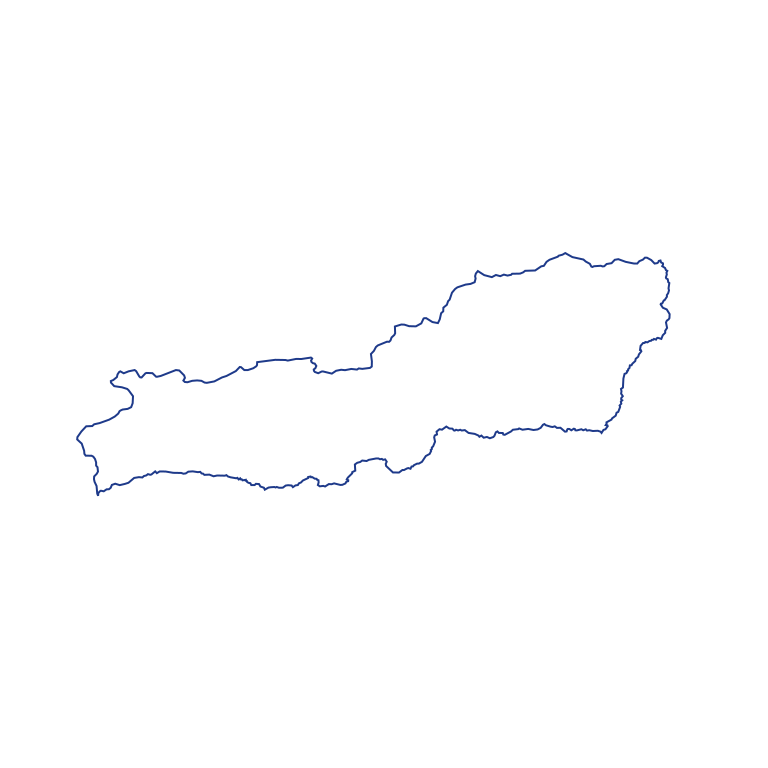 Colombia, Huila, Colombia, rotated 232°
{"feature_id": "7082276B78082705771395", "entity_name": "Colombia", "entity_type": "district", "adm_level": 2, "iso_a3": "COL", "parent_name": "Colombia", "parent_adm1": "Huila", "projection": "robinson", "projection_center": [-74.711, 3.47], "detail": "fine", "context": "isolated", "style": "outline", "palette": "blue", "viewbox_px": 768, "rotation_deg": 232, "n_neighbors": 0, "source": "geoboundaries", "source_scale": "gbopen_adm2", "svg_char_len": 6156}
<svg xmlns="http://www.w3.org/2000/svg" viewBox="0 0 768 768"><g transform="rotate(232 384 384)"><path d="M311.1,677.9L311.8,676.3L311.0,675.0L311.1,673.6L312.3,671.4L317.1,670.9L321.6,669.0L322.9,667.4L322.6,664.6L323.6,660.8L323.0,657.7L325.2,655.0L331.4,649.7L338.1,645.5L339.8,642.3L339.1,637.7L341.5,633.3L341.2,630.1L342.0,628.7L343.7,627.6L347.5,622.0L347.9,620.3L348.9,619.7L352.0,620.2L356.2,618.4L359.3,617.8L368.0,610.6L375.6,607.4L376.0,604.3L377.6,600.5L377.3,599.4L380.0,590.9L380.2,587.3L378.7,582.7L379.9,580.4L380.4,573.0L386.3,564.9L386.3,562.4L387.2,559.2L392.0,552.8L391.8,551.4L393.4,548.1L396.4,545.8L397.4,542.0L401.0,539.3L401.8,534.8L408.1,530.0L415.2,527.5L414.5,524.4L412.9,522.2L410.7,521.1L408.4,518.1L409.6,513.8L412.1,509.5L415.0,501.3L415.1,498.5L414.1,493.8L410.1,487.7L409.8,485.5L407.7,482.3L407.6,477.8L404.8,475.4L404.6,472.6L400.6,467.7L398.8,464.0L403.0,460.3L409.9,457.8L411.1,456.2L411.2,455.4L408.8,450.7L409.8,444.6L414.1,439.4L418.2,436.6L420.2,434.3L422.6,428.0L417.1,424.0L416.3,422.3L416.0,418.6L414.3,415.9L414.1,414.0L415.5,412.4L418.2,402.9L418.1,400.4L416.3,396.4L415.7,392.2L409.3,388.4L405.3,385.1L405.3,382.9L409.3,376.2L411.8,373.7L412.0,371.6L416.0,367.5L418.9,361.8L421.6,359.0L423.9,354.4L424.3,349.3L431.4,343.7L432.2,342.6L433.0,338.8L436.1,336.9L437.5,336.9L438.7,337.6L438.7,339.6L439.9,341.8L442.7,342.0L444.2,340.8L446.0,340.4L447.3,340.9L448.3,343.1L449.8,342.7L454.5,334.4L457.9,330.1L461.7,322.6L463.6,321.1L470.0,313.2L479.3,297.5L477.1,295.6L476.6,294.3L476.9,290.7L478.8,285.3L481.0,282.5L485.3,281.7L486.2,280.8L485.4,275.2L487.3,264.8L488.9,260.4L490.5,251.9L494.0,245.1L495.6,243.5L498.9,242.1L501.9,238.9L504.6,234.8L506.4,230.2L508.2,228.3L510.2,228.0L511.4,230.9L513.8,231.8L520.7,231.0L523.1,228.6L527.8,213.0L529.5,209.5L530.1,208.9L535.1,208.2L538.9,203.7L539.3,202.6L538.4,197.0L539.3,196.0L540.6,195.8L546.7,196.6L548.5,196.1L551.2,190.6L552.7,185.5L556.3,184.0L556.5,182.6L555.6,179.9L553.9,177.8L553.8,173.1L554.5,170.6L553.2,169.7L548.4,170.1L542.7,175.5L538.2,178.6L536.3,178.9L528.9,178.7L523.6,174.1L521.4,170.5L522.2,166.7L524.8,162.3L525.3,160.2L525.4,158.9L524.3,156.4L524.1,151.8L525.1,145.5L528.3,135.8L530.7,130.8L530.5,128.2L534.0,123.3L532.9,116.3L530.9,109.7L529.2,108.1L523.1,109.1L516.0,106.6L513.4,104.9L511.2,104.8L507.5,109.4L505.7,110.2L502.8,110.1L499.5,108.9L496.9,106.9L494.8,107.0L491.1,104.7L490.1,102.4L489.6,98.7L487.6,96.9L485.1,95.7L480.6,94.7L474.1,90.5L471.9,89.9L473.9,91.7L474.4,94.0L474.2,95.2L472.0,97.1L471.8,100.5L470.4,102.5L470.5,104.8L472.0,107.4L470.9,110.8L467.0,113.5L464.8,118.3L463.5,121.8L463.8,129.3L461.5,133.5L459.1,136.1L459.3,138.1L458.3,140.4L458.3,142.5L456.4,143.9L455.9,145.0L456.0,149.9L453.6,150.1L453.2,153.4L449.5,158.0L443.8,163.2L438.7,169.5L436.8,170.7L435.6,172.7L435.4,175.8L432.9,179.5L429.1,183.1L427.9,185.1L425.8,185.2L424.8,186.2L423.0,186.5L420.1,190.6L416.2,192.9L414.6,196.2L409.7,202.2L409.2,203.7L407.2,204.1L405.0,205.6L400.7,209.5L400.3,210.7L398.3,210.7L398.2,212.5L397.2,212.2L396.6,213.2L395.2,213.2L393.6,216.1L392.9,215.5L392.1,216.2L391.4,215.8L389.7,216.3L388.1,217.6L386.1,217.2L384.0,219.8L384.2,221.6L382.1,223.9L379.3,223.5L376.2,225.5L374.1,225.0L373.5,229.2L372.3,231.3L370.3,234.2L369.2,234.9L368.9,236.1L367.0,237.3L364.6,240.4L364.5,244.0L363.3,246.1L360.9,248.7L358.8,248.7L358.6,251.8L357.4,253.9L358.1,255.8L357.5,258.0L357.9,260.6L356.6,266.4L357.4,267.0L356.3,269.2L355.4,269.1L354.7,270.2L352.1,271.1L350.8,272.5L349.8,272.3L348.5,273.1L346.6,271.8L345.1,269.7L342.9,270.4L341.1,273.4L339.5,274.5L339.1,278.9L337.3,281.0L336.4,283.5L331.3,287.5L330.2,289.1L329.4,292.4L330.2,294.2L329.5,295.9L330.2,296.6L331.8,296.0L332.5,297.9L333.2,303.9L334.1,304.7L333.4,308.0L338.5,311.5L338.4,314.4L337.2,317.2L337.1,319.7L334.0,322.9L333.6,325.3L330.2,331.9L328.7,333.8L327.2,334.5L326.3,336.2L324.8,336.6L323.9,338.5L321.1,338.3L320.0,336.2L318.1,335.2L308.8,336.6L305.0,341.3L304.9,345.6L303.9,346.7L303.3,350.1L302.8,351.4L300.9,352.7L302.0,354.9L301.2,356.2L301.6,357.5L300.9,361.0L299.8,362.5L299.3,366.0L301.5,372.6L300.8,376.9L302.2,379.9L303.2,380.2L303.3,381.7L304.5,382.6L304.6,384.3L307.1,388.7L311.1,390.7L312.2,392.3L311.6,394.7L314.1,396.1L314.2,399.9L312.3,401.6L312.1,406.9L308.7,408.1L306.7,410.4L304.4,410.5L303.7,411.1L303.6,412.6L301.8,413.8L301.0,415.9L299.5,416.6L297.9,419.3L293.4,420.5L288.8,424.8L285.2,426.7L283.7,426.7L283.4,429.0L280.3,429.5L278.9,432.5L276.1,434.0L274.9,437.5L275.2,439.2L277.1,442.4L276.8,444.2L274.7,444.4L272.3,447.4L270.7,446.9L269.6,447.9L268.4,454.8L268.6,457.4L265.8,462.0L265.8,463.1L262.7,465.0L259.8,470.0L255.7,473.5L253.6,477.1L253.0,480.5L254.0,484.2L253.7,485.7L251.8,486.2L247.7,489.1L246.3,490.4L245.5,492.5L242.9,493.3L240.9,496.1L235.0,497.3L234.2,498.7L235.4,500.5L235.4,501.2L234.4,502.4L232.2,503.1L231.9,506.1L231.0,506.7L229.7,506.3L228.7,507.4L226.8,511.7L224.9,512.5L224.1,515.1L222.3,515.3L221.2,517.3L218.4,519.6L215.5,523.7L213.1,525.3L211.5,525.3L212.7,528.7L212.0,530.6L213.0,534.3L213.8,534.6L215.1,533.4L215.7,535.0L216.8,535.7L215.9,541.3L216.5,542.6L216.4,547.1L218.2,549.6L217.8,551.4L220.6,556.0L222.0,556.4L222.4,558.9L224.2,559.7L224.5,561.7L225.6,561.3L226.8,562.2L227.4,564.7L230.4,564.9L232.1,566.7L234.2,567.7L234.1,570.1L240.9,576.0L243.9,579.8L243.3,581.6L243.9,583.2L244.5,583.4L244.4,584.7L245.3,585.4L245.5,587.3L247.3,589.2L246.4,590.6L247.1,592.2L247.4,596.1L248.9,597.9L249.0,601.1L250.4,603.1L251.3,606.9L252.5,607.3L253.2,606.7L256.1,609.7L256.8,613.4L255.9,614.7L256.2,615.8L254.6,617.3L254.5,619.5L253.6,621.3L253.9,622.2L253.1,623.5L253.3,624.5L251.5,625.7L252.1,627.1L251.8,628.2L248.8,630.3L250.8,633.7L251.2,637.1L252.8,638.3L253.9,641.6L258.9,644.1L259.8,645.9L259.7,648.1L260.2,649.5L263.2,652.1L268.7,652.7L272.4,650.7L276.4,651.0L276.8,651.6L276.2,652.9L277.6,655.9L277.3,656.7L278.6,660.7L279.9,661.6L280.6,663.8L282.3,666.2L284.2,667.1L287.9,671.0L289.2,670.7L291.9,672.1L293.5,671.4L294.5,671.8L296.2,674.3L297.8,675.1L298.7,676.9L300.3,676.3L302.3,676.9L305.6,675.8L306.2,677.3L307.3,678.1L309.2,677.2L311.1,677.9Z" fill="none" stroke="#1e3a8a" stroke-width="2"/></g></svg>